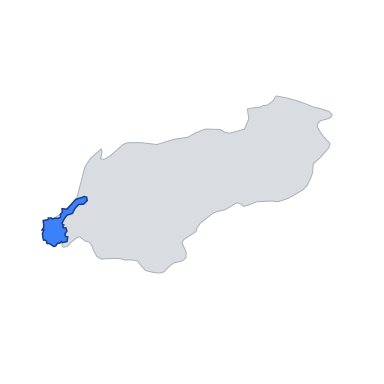 Sarandë, Vlorë, Albania (highlighted), rotated 74°
{"feature_id": "67620474B70468291702657", "entity_name": "Sarandë", "entity_type": "district", "adm_level": 2, "iso_a3": "ALB", "parent_name": "Albania", "parent_adm1": "Vlorë", "projection": "equal_earth", "projection_center": [20.101, 39.891], "detail": "fine", "context": "in_parent", "style": "filled", "palette": "blue", "viewbox_px": 384, "rotation_deg": 74, "n_neighbors": 0, "source": "geoboundaries", "source_scale": "gbopen_adm2", "svg_char_len": 2186}
<svg xmlns="http://www.w3.org/2000/svg" viewBox="0 0 384 384"><g transform="rotate(74 192 192)"><path d="M127.6,115.9L127.9,110.8L129.2,102.7L128.5,100.0L129.2,95.4L126.8,89.2L122.9,84.7L126.7,76.9L132.3,67.4L137.5,59.8L143.7,52.0L147.9,44.5L152.4,38.0L156.2,36.0L158.1,37.4L159.1,40.2L158.9,48.6L160.2,51.5L162.8,53.6L168.4,52.6L174.6,50.5L183.0,46.1L184.4,46.3L187.5,48.6L194.0,58.8L198.3,67.7L206.7,70.8L211.4,74.2L217.5,79.5L220.5,84.8L224.6,101.1L225.1,110.9L223.9,115.5L222.9,116.6L219.2,132.7L220.1,140.9L220.1,146.3L216.9,148.4L214.7,151.8L218.2,165.2L217.8,170.9L218.0,177.5L224.2,192.5L227.9,197.1L231.2,199.3L235.5,213.2L238.0,215.6L248.2,214.2L253.2,215.8L255.2,219.1L255.7,221.3L255.1,229.1L257.6,235.0L261.1,241.2L261.1,245.0L258.8,251.1L254.7,258.3L249.3,261.0L243.3,263.4L240.5,269.0L239.0,274.9L236.4,279.3L234.7,284.2L232.2,294.0L231.6,297.6L227.5,301.3L221.2,302.7L215.6,303.0L211.8,304.7L209.8,308.1L206.2,310.8L204.1,312.1L204.1,315.1L206.7,321.4L209.7,326.5L209.8,330.6L208.3,331.7L203.7,331.2L202.7,332.7L202.2,337.3L201.0,341.2L199.1,343.6L195.8,346.2L189.7,345.4L184.0,341.4L181.1,340.2L179.4,340.3L178.9,330.7L176.5,323.3L167.5,305.3L138.3,288.0L131.5,280.1L128.5,273.6L125.5,267.4L128.4,267.2L131.2,268.8L134.9,270.7L136.4,267.6L134.8,260.8L127.3,245.0L126.8,240.7L130.5,227.5L136.7,212.6L136.3,194.7L138.3,181.2L136.2,172.5L135.2,161.8L139.7,147.5L143.6,144.0L145.9,139.5L146.1,124.3L137.5,117.3L127.6,115.9Z" fill="#d9dde1" stroke="#a8b0b8" stroke-width="1"/><path d="M200.9,323.8L199.9,325.8L197.4,325.8L195.1,323.0L191.6,323.1L191.3,325.2L189.8,325.9L188.4,324.3L187.4,325.3L186.4,325.8L182.6,322.2L179.8,318.5L179.7,313.0L175.4,308.8L172.8,304.5L173.8,299.5L171.3,295.0L168.0,294.7L166.5,297.0L166.9,298.9L166.9,305.6L174.1,317.0L172.2,321.5L175.7,322.3L177.1,324.6L180.2,325.4L180.4,328.1L179.4,330.4L179.5,333.5L178.2,334.3L177.4,337.3L178.9,338.0L178.4,342.9L184.8,344.0L187.2,346.6L187.6,344.8L190.6,347.2L194.3,347.8L197.4,348.0L197.8,346.3L199.2,345.3L201.0,345.8L201.9,345.1L202.1,343.4L206.3,339.9L206.3,337.9L204.1,335.3L204.8,333.3L203.5,331.2L205.0,330.2L205.2,325.8L200.9,323.8Z" fill="#3b82f6" stroke="#1e3a8a" stroke-width="1.5"/></g></svg>